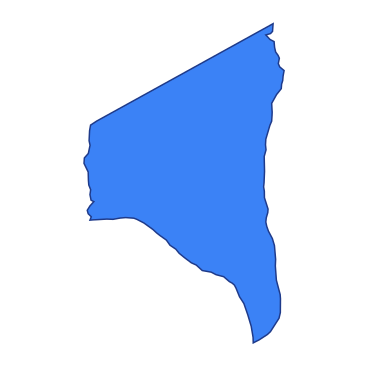 outline of Itacuruba, Pernambuco, Brazil, rotated 353°
{"feature_id": "56859067B97519106704715", "entity_name": "Itacuruba", "entity_type": "district", "adm_level": 2, "iso_a3": "BRA", "parent_name": "Brazil", "parent_adm1": "Pernambuco", "projection": "natural_earth1", "projection_center": [-38.723, -8.77], "detail": "fine", "context": "isolated", "style": "filled", "palette": "blue", "viewbox_px": 384, "rotation_deg": 353, "n_neighbors": 0, "source": "geoboundaries", "source_scale": "gbopen_adm2", "svg_char_len": 1415}
<svg xmlns="http://www.w3.org/2000/svg" viewBox="0 0 384 384"><g transform="rotate(353 192 192)"><path d="M87.3,207.5L90.4,207.6L93.1,207.8L104.2,208.5L110.3,209.5L117.4,209.1L123.0,209.3L131.1,210.9L134.1,212.5L140.5,216.9L148.8,224.6L151.9,228.3L154.9,231.3L160.7,236.6L163.7,242.2L169.0,246.8L171.8,251.3L176.5,256.2L182.7,262.2L187.3,265.0L192.6,271.2L201.3,273.9L205.8,277.0L213.1,279.9L218.2,285.5L220.7,287.3L222.7,289.5L224.0,292.9L226.4,301.8L229.9,309.0L232.4,320.7L234.4,332.5L234.9,343.7L234.4,349.2L240.5,347.0L249.5,342.6L252.8,340.2L263.0,327.9L265.0,322.4L266.8,308.7L267.0,304.5L265.0,289.8L265.7,275.5L266.8,269.0L267.3,255.2L266.1,248.0L263.1,240.2L262.0,235.2L261.6,230.8L262.6,226.6L264.7,221.7L265.4,218.2L263.2,206.5L263.9,200.0L263.7,195.6L264.6,191.8L266.5,180.4L268.0,165.5L270.6,159.2L270.7,154.1L271.7,148.6L277.4,135.4L279.7,131.4L280.8,125.6L281.3,122.5L281.5,119.2L281.9,113.7L287.8,105.6L293.2,100.3L294.1,95.8L295.6,92.5L296.5,88.2L298.2,82.7L294.3,78.5L293.3,75.1L295.0,69.9L294.1,66.9L292.1,63.3L291.6,58.5L291.8,52.7L288.0,50.1L284.4,45.1L289.3,44.3L291.5,42.4L293.0,34.8L223.9,62.6L188.6,76.8L106.2,109.9L99.5,113.2L97.8,118.7L96.1,128.6L96.5,133.2L93.8,141.1L89.3,145.1L88.3,150.4L91.4,159.5L90.6,167.9L90.4,172.4L91.7,177.4L90.4,182.2L90.8,187.8L93.4,189.6L89.1,193.3L85.8,197.4L86.3,200.9L89.0,204.3L87.3,207.5Z" fill="#3b82f6" stroke="#1e3a8a" stroke-width="1.5"/></g></svg>